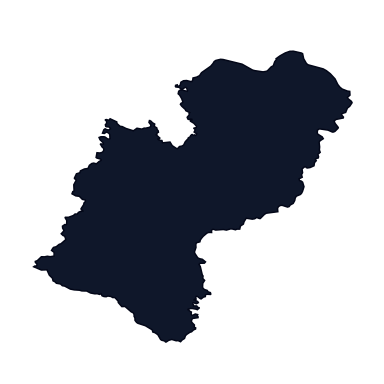 the district of Venadillo, Tolima, Colombia, rotated 277°
{"feature_id": "7082276B11434754616335", "entity_name": "Venadillo", "entity_type": "district", "adm_level": 2, "iso_a3": "COL", "parent_name": "Colombia", "parent_adm1": "Tolima", "projection": "equal_earth", "projection_center": [-74.942, 4.71], "detail": "fine", "context": "isolated", "style": "filled", "palette": "ink", "viewbox_px": 384, "rotation_deg": 277, "n_neighbors": 0, "source": "geoboundaries", "source_scale": "gbopen_adm2", "svg_char_len": 5928}
<svg xmlns="http://www.w3.org/2000/svg" viewBox="0 0 384 384"><g transform="rotate(277 192 192)"><path d="M311.6,186.9L308.4,185.3L306.6,182.6L305.3,179.1L303.3,179.1L301.6,178.4L301.5,177.0L302.0,173.0L301.4,170.0L299.6,167.6L296.8,167.3L295.5,166.2L295.3,165.0L296.6,164.3L295.9,162.7L294.7,162.7L294.3,163.1L294.3,166.4L292.9,168.7L293.3,170.4L295.0,172.5L294.9,173.5L294.2,174.2L291.9,175.2L291.3,175.0L292.1,168.9L291.4,167.4L290.3,166.5L287.8,166.3L286.7,167.9L283.4,170.4L280.4,171.9L279.7,171.8L278.6,170.2L277.6,169.8L275.9,171.4L273.1,175.3L272.0,175.9L270.5,180.1L269.5,179.5L268.3,179.9L265.6,178.1L263.9,179.0L263.6,179.9L264.2,181.7L264.2,183.0L263.4,183.2L262.8,181.6L262.1,181.8L260.5,185.4L257.8,188.5L256.4,188.4L255.7,186.2L255.4,186.1L254.2,187.7L251.8,186.8L250.3,189.6L248.8,188.9L248.5,188.4L249.0,187.5L248.4,186.4L249.1,185.2L248.9,184.7L247.7,183.7L247.0,183.9L245.2,181.7L244.7,181.8L241.1,179.2L237.6,178.0L236.4,176.5L235.6,174.0L233.3,172.4L233.2,171.5L235.6,166.7L238.9,164.1L237.2,156.7L239.4,155.9L239.4,153.3L240.0,151.9L240.6,151.7L241.0,153.2L241.6,153.5L244.4,149.5L245.1,150.2L246.2,150.0L247.2,151.4L248.6,151.0L249.7,149.8L251.4,149.2L252.5,146.6L254.9,146.7L256.1,143.9L257.0,143.2L257.8,141.3L258.3,141.1L255.8,140.8L253.6,143.0L252.2,143.0L251.0,142.0L249.6,137.9L249.6,136.7L248.3,134.6L248.6,129.6L245.6,126.4L247.0,118.8L248.4,114.9L248.5,112.5L250.9,109.1L252.4,108.8L254.7,101.8L253.0,100.6L253.5,98.5L253.2,97.3L252.7,97.3L252.2,98.3L250.8,98.8L249.7,98.8L248.2,97.8L246.6,98.4L246.3,99.3L246.5,101.4L245.3,103.2L244.7,103.4L243.4,101.7L243.5,99.6L244.1,98.4L244.0,97.8L243.0,96.9L239.5,96.0L239.4,97.8L241.2,100.0L240.0,102.6L238.8,103.4L235.0,104.1L234.4,103.2L234.4,101.8L235.9,99.2L236.1,98.0L235.7,94.8L234.8,93.1L232.7,94.3L229.9,98.0L228.7,98.2L228.6,95.5L228.3,95.3L225.7,97.3L224.7,98.8L223.2,99.4L221.4,98.9L220.3,97.8L219.5,95.9L219.4,92.9L214.6,92.6L214.1,93.5L213.5,97.2L212.9,98.0L212.3,98.0L210.9,96.0L208.3,93.7L208.7,90.9L208.1,89.1L206.0,86.9L202.7,85.9L201.7,82.3L199.4,78.7L197.4,78.3L196.0,75.1L191.5,73.6L190.9,73.8L190.4,75.0L189.5,75.6L184.8,73.8L178.8,74.8L177.8,73.6L175.6,73.1L174.0,77.1L174.0,80.7L171.3,84.1L171.1,86.7L170.8,87.2L169.5,87.3L167.9,86.1L166.4,86.1L161.9,83.9L161.1,84.2L160.4,85.7L159.7,86.0L159.0,83.5L157.9,81.7L156.2,80.9L155.9,78.6L154.2,77.1L151.9,72.6L151.5,69.4L151.0,69.2L148.4,71.2L144.6,71.5L144.2,71.1L144.2,69.7L142.3,67.6L140.4,68.0L138.0,69.7L134.6,67.3L133.1,69.3L132.7,71.0L129.5,72.6L124.6,68.2L123.9,66.6L121.1,63.8L120.1,61.3L119.0,60.6L116.9,59.7L115.3,62.5L111.6,62.9L110.5,59.1L110.6,56.2L109.7,53.6L109.4,50.4L105.0,46.8L104.0,44.9L102.9,45.2L101.8,46.8L100.4,47.0L99.6,46.5L99.3,44.8L98.5,44.0L96.2,52.0L97.1,57.5L92.1,60.5L89.4,64.0L86.9,64.9L86.2,66.9L84.9,68.5L84.7,72.7L83.2,74.7L83.1,77.1L80.8,83.0L80.5,87.0L80.8,92.2L80.4,94.8L80.9,99.5L79.4,103.6L79.1,107.9L79.5,110.3L79.1,112.7L80.0,114.1L78.0,115.4L77.5,117.4L77.6,119.6L78.5,121.1L78.4,124.4L77.6,126.0L77.8,128.4L74.6,132.1L73.3,132.3L69.7,136.3L70.2,139.5L65.6,146.3L65.0,148.3L63.1,149.6L61.7,149.6L60.0,150.7L57.6,151.1L55.8,152.9L55.1,154.3L53.6,162.0L50.7,168.5L50.0,169.6L48.3,170.1L47.8,172.5L46.2,175.5L41.8,178.8L41.2,179.9L40.8,183.0L39.9,184.0L40.0,184.7L41.9,186.9L43.2,189.9L42.4,194.4L42.8,196.3L42.0,198.9L43.9,200.2L45.7,202.4L48.5,203.0L49.9,204.0L52.5,207.0L53.2,208.6L55.3,210.3L56.4,212.2L57.6,212.2L58.1,210.7L60.3,210.6L62.7,207.6L64.0,207.1L66.5,207.8L68.0,213.3L68.8,213.3L69.5,212.3L71.0,212.6L71.3,210.1L69.7,207.8L69.7,206.9L70.8,206.0L72.8,206.0L73.5,204.1L74.3,203.4L74.7,202.3L75.1,202.3L76.2,204.7L76.4,206.5L76.2,210.3L75.8,211.6L77.7,213.3L78.0,213.2L78.3,211.7L79.5,210.6L79.1,207.4L80.2,207.2L80.7,206.4L81.9,206.4L82.3,207.0L81.6,209.9L82.9,211.8L84.0,211.0L85.2,207.2L85.8,207.4L86.2,209.1L88.0,208.5L88.9,208.8L89.1,210.0L87.1,213.3L87.0,214.1L89.4,216.5L89.5,217.6L89.9,218.0L91.2,217.8L91.7,218.2L92.3,219.2L92.6,222.9L93.0,223.1L94.4,222.5L94.8,220.3L96.2,219.0L96.7,216.2L97.9,214.6L98.9,214.1L102.6,213.8L105.8,215.3L107.5,213.2L110.0,213.2L111.0,212.3L119.1,209.3L121.1,207.7L122.2,208.7L122.9,213.0L124.3,213.9L126.5,210.4L126.7,207.7L127.4,205.7L131.7,202.1L133.1,201.8L137.4,202.7L140.2,202.2L142.1,202.5L143.5,205.9L145.3,206.1L147.1,207.0L149.4,208.5L153.0,211.8L153.9,213.4L154.2,216.4L156.3,216.0L157.4,217.0L157.6,217.8L157.1,220.1L158.6,227.7L158.4,230.8L160.1,234.8L160.2,236.5L159.8,239.8L160.6,241.0L161.0,243.9L164.1,244.2L166.4,246.9L168.9,247.3L172.6,249.0L172.4,255.2L173.1,257.5L174.6,259.3L173.9,262.1L174.0,263.0L178.6,266.6L180.0,268.3L182.9,279.6L186.1,278.9L187.9,279.5L189.2,280.9L189.8,282.9L188.7,288.7L189.4,290.2L191.1,291.1L193.0,293.8L196.0,295.0L198.7,295.2L200.6,296.1L202.7,299.8L203.9,300.8L206.0,301.6L210.9,302.5L215.2,300.6L216.1,299.3L216.4,297.5L217.2,296.9L218.2,296.7L220.1,299.6L222.5,298.6L224.6,299.4L228.3,298.4L230.9,300.9L230.8,301.8L230.1,302.5L229.9,303.6L230.7,306.3L232.9,309.9L236.1,310.0L238.2,311.5L239.5,310.5L240.4,311.2L241.2,313.2L242.6,313.3L244.7,312.3L247.0,314.4L249.2,313.3L252.3,313.2L256.9,312.1L258.4,312.8L260.9,315.8L262.6,314.5L264.8,309.7L266.5,309.0L268.9,309.1L270.2,310.8L270.0,319.5L268.6,324.0L268.8,325.2L269.6,326.5L273.1,329.2L273.9,329.3L277.6,325.6L279.9,324.4L281.6,326.2L283.9,333.1L284.8,333.2L286.6,331.2L287.6,331.0L288.5,332.1L289.7,334.8L294.2,336.0L296.3,338.1L300.1,340.0L301.4,339.2L303.6,335.6L304.8,334.7L307.4,337.0L311.1,336.3L311.1,334.1L312.5,328.5L314.1,326.0L316.5,323.6L321.7,320.2L326.2,314.9L328.8,310.6L330.2,307.2L332.4,291.7L333.5,289.9L337.9,286.6L342.8,284.9L343.3,283.6L344.1,275.6L343.6,272.0L341.4,267.6L337.9,262.8L334.7,259.3L334.3,259.8L331.3,258.2L327.2,257.3L325.9,255.4L321.6,252.2L320.9,251.2L319.9,247.9L320.1,239.6L320.4,237.3L325.0,226.1L327.3,206.7L327.2,204.2L325.5,199.6L324.2,198.1L322.1,197.2L319.1,195.2L311.6,186.9Z" fill="#0f172a" stroke="#020617" stroke-width="1.5"/></g></svg>